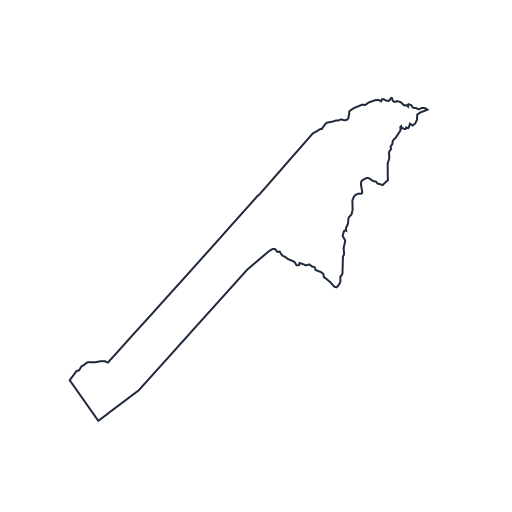 SVG path tracing the border of Caprivi, rotated 326°
{"feature_id": "NAM-3356", "entity_name": "Caprivi", "entity_type": "Region", "adm_level": 1, "iso_a3": "NAM", "parent_name": "Namibia", "parent_adm1": "", "projection": "equal_earth", "projection_center": [23.77, -17.975], "detail": "fine", "context": "isolated", "style": "outline", "palette": "slate", "viewbox_px": 512, "rotation_deg": 326, "n_neighbors": 0, "source": "natural_earth", "source_scale": "10m", "svg_char_len": 3587}
<svg xmlns="http://www.w3.org/2000/svg" viewBox="0 0 512 512"><g transform="rotate(326 256 256)"><path d="M74.1,261.6L76.0,260.9L83.6,259.1L109.8,252.5L136.1,246.1L162.4,239.5L188.7,233.0L210.1,227.6L231.5,222.2L252.9,216.7L274.3,211.3L283.0,209.1L287.3,208.0L291.0,207.0L292.9,207.0L296.1,206.1L300.5,205.0L305.1,203.8L309.5,202.6L314.0,201.4L318.5,200.2L323.0,199.0L327.5,197.8L332.0,196.6L336.5,195.4L341.0,194.2L345.5,193.0L349.9,191.9L354.4,190.7L358.9,189.5L363.4,188.3L367.9,187.1L371.0,186.3L372.9,186.1L374.9,186.5L380.4,186.7L381.6,187.6L382.4,187.1L386.8,185.5L388.7,185.1L390.6,185.6L395.0,187.6L398.2,188.4L400.1,189.7L402.8,190.3L403.7,191.1L404.3,192.0L405.2,192.9L406.9,193.7L407.8,193.9L408.8,193.8L409.9,193.2L411.5,191.3L412.7,190.5L413.2,189.5L413.9,188.5L415.0,188.1L419.7,188.1L428.6,189.9L429.2,190.2L429.7,190.9L430.4,191.5L431.5,191.9L434.9,191.7L442.1,193.5L444.9,195.2L446.2,197.7L448.4,196.5L449.6,197.6L450.9,200.0L452.6,201.6L453.6,201.6L455.6,200.8L456.6,200.6L457.0,201.1L456.3,203.5L456.3,204.5L457.0,205.5L457.5,206.1L458.3,206.3L459.5,206.3L459.8,206.8L461.7,209.0L462.0,209.3L462.9,213.4L463.1,214.1L464.1,214.4L464.8,215.1L465.3,216.1L465.6,217.1L466.5,215.5L467.3,215.4L468.8,217.5L469.1,218.3L469.0,220.1L469.2,220.9L469.6,221.5L470.8,222.3L471.4,222.8L472.7,225.2L473.5,225.6L475.3,225.7L476.7,226.2L478.1,227.3L479.3,228.8L479.9,230.6L473.1,229.0L468.8,228.9L465.4,233.3L461.9,235.2L458.7,235.3L457.7,232.4L454.7,234.8L453.4,235.1L452.5,233.4L450.9,234.3L450.1,233.7L449.4,232.5L448.3,231.6L449.0,229.6L447.8,229.8L447.3,230.5L446.9,231.4L446.2,232.4L445.5,232.9L437.7,236.2L435.7,236.4L433.9,237.0L431.4,239.6L429.3,240.2L428.6,240.7L428.0,242.7L427.1,243.1L426.1,243.3L425.2,243.8L424.4,244.4L423.9,244.9L421.1,249.6L417.4,252.5L415.9,254.4L410.6,262.5L410.2,262.8L409.8,263.6L408.4,265.9L408.0,266.7L407.0,267.0L402.2,267.7L400.8,268.1L397.2,263.8L397.1,261.6L396.6,260.8L395.9,260.4L395.1,259.5L393.3,255.0L392.0,253.5L389.7,252.9L386.1,252.7L384.6,253.4L382.9,255.6L379.9,262.3L378.9,263.3L378.0,263.1L376.1,261.8L375.0,261.4L372.8,261.0L370.7,261.4L367.0,263.8L362.0,271.6L358.5,274.9L354.7,275.8L353.8,276.4L350.8,280.1L350.0,280.9L347.0,282.6L345.7,283.8L345.2,284.5L344.8,285.5L344.4,285.0L343.9,284.6L343.3,284.5L342.7,284.6L339.0,287.9L338.7,292.8L337.0,294.8L334.0,297.5L332.7,299.0L330.8,302.6L329.6,304.2L327.9,304.9L318.1,318.6L316.5,319.8L314.3,320.3L311.9,324.1L311.2,324.8L310.7,325.2L307.0,326.8L305.1,326.9L303.8,325.4L303.0,319.5L301.3,313.5L300.4,311.6L301.8,308.6L300.9,305.7L297.5,300.9L298.3,298.7L297.8,297.3L296.7,296.2L296.1,294.7L295.6,293.0L294.6,292.4L293.1,292.1L291.7,291.3L291.2,290.2L289.6,287.9L288.1,286.1L287.0,287.5L286.1,287.4L285.1,286.9L284.6,286.5L284.4,285.8L284.6,283.4L284.6,282.6L283.9,281.2L280.8,276.4L279.6,272.9L278.3,270.8L278.1,270.0L277.9,269.0L278.1,265.7L277.7,265.2L276.9,265.1L276.2,264.8L275.8,263.8L275.8,261.9L275.7,261.0L275.1,260.4L273.7,259.5L269.8,259.2L262.5,260.0L253.5,261.0L241.1,262.4L232.0,264.7L223.1,266.9L214.3,269.1L205.5,271.3L196.6,273.5L187.8,275.7L179.0,277.9L170.2,280.1L161.3,282.3L152.5,284.6L143.7,286.7L134.8,289.0L126.0,291.2L117.2,293.4L108.3,295.6L99.5,297.8L90.7,300.0L88.9,300.4L87.1,300.9L85.3,301.3L83.6,301.8L81.6,301.9L79.6,302.0L74.7,302.2L69.8,302.5L64.8,302.8L59.9,303.0L54.0,303.3L48.1,303.6L42.2,304.0L36.3,304.3L33.1,304.4L32.1,254.8L33.6,254.3L43.2,250.9L44.9,251.9L46.7,251.3L48.5,250.3L50.4,249.8L51.9,250.2L56.2,249.8L57.9,250.4L62.6,253.8L68.6,256.5L71.7,258.5L73.5,261.4L74.1,261.6Z" fill="none" stroke="#1e293b" stroke-width="2"/></g></svg>